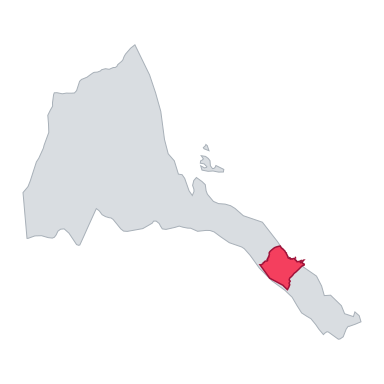 Maekel Deb.Keih Bahri, Debubawi Keyih Bahri, Eritrea (highlighted)
{"feature_id": "51966322B58552537539737", "entity_name": "Maekel Deb.Keih Bahri", "entity_type": "district", "adm_level": 2, "iso_a3": "ERI", "parent_name": "Eritrea", "parent_adm1": "Debubawi Keyih Bahri", "projection": "albers", "projection_center": [41.68, 13.747], "detail": "fine", "context": "in_parent", "style": "filled", "palette": "rose", "viewbox_px": 384, "rotation_deg": 0, "n_neighbors": 0, "source": "geoboundaries", "source_scale": "gbopen_adm2", "svg_char_len": 6399}
<svg xmlns="http://www.w3.org/2000/svg" viewBox="0 0 384 384"><path d="M27.0,238.4L25.7,223.4L24.8,213.3L23.9,202.7L23.0,192.6L28.0,186.6L30.3,180.8L36.4,161.9L38.8,158.2L43.4,148.1L44.1,145.2L48.8,132.4L48.5,123.9L47.8,115.3L50.3,110.2L52.6,106.2L52.5,102.8L53.6,94.7L54.3,92.8L57.0,92.7L62.3,93.8L66.3,93.1L70.9,93.2L74.4,93.0L76.6,90.6L79.6,81.3L81.5,79.4L82.9,78.9L87.0,77.2L90.5,74.6L93.3,72.7L94.4,72.3L97.3,72.1L100.3,71.0L101.7,69.7L105.5,68.7L109.2,69.3L111.7,68.2L113.3,67.5L115.2,67.5L116.9,66.4L117.6,64.8L118.8,63.7L121.7,61.3L123.0,59.6L123.6,57.8L124.2,56.4L125.5,54.1L130.6,48.2L134.9,44.8L149.6,75.0L155.6,92.9L160.8,111.5L164.5,139.5L168.2,153.8L174.3,160.8L178.4,174.1L182.1,174.7L184.7,178.4L189.1,190.9L192.3,195.5L194.0,191.5L193.9,189.2L192.6,185.4L193.8,180.5L196.4,177.5L202.1,181.6L205.3,184.7L206.1,190.8L207.4,194.2L213.4,201.4L218.5,203.6L225.1,204.1L230.6,205.7L235.0,208.4L243.3,215.7L262.4,222.2L277.7,241.9L286.7,255.5L316.5,276.1L321.6,286.0L324.3,295.6L330.6,295.2L341.4,305.7L344.6,313.7L353.4,316.6L354.9,311.9L359.2,315.7L361.0,321.8L355.3,324.2L349.1,326.4L348.2,326.3L346.2,329.1L343.2,336.8L340.0,339.0L338.3,339.2L328.5,332.1L327.0,331.7L324.9,333.1L323.4,334.6L318.9,329.2L315.6,324.4L310.9,318.7L306.5,316.1L301.6,312.9L296.9,305.4L292.1,297.2L285.0,290.4L271.7,280.7L259.5,268.3L250.2,255.4L244.3,248.7L241.7,247.0L229.3,242.7L220.7,236.8L214.1,231.9L210.0,230.5L206.0,230.4L197.6,231.3L190.6,228.2L187.6,228.1L182.9,227.2L179.2,226.1L174.9,227.4L166.0,229.4L162.3,228.9L160.4,225.9L159.2,223.5L156.2,221.1L153.6,221.1L152.2,223.2L142.8,228.6L127.3,231.4L123.6,231.1L120.8,228.9L113.1,219.4L110.9,217.9L109.1,217.7L105.5,216.6L102.1,214.7L99.2,210.8L96.3,208.6L92.9,216.1L87.0,229.1L83.9,236.1L79.8,245.0L78.6,245.3L76.6,244.6L69.0,233.2L64.2,228.9L60.6,229.2L57.9,231.2L56.1,235.0L54.3,237.3L52.3,238.1L48.1,237.6L41.6,235.7L34.9,235.9L27.9,238.4L27.0,238.4ZM210.4,165.8L212.5,168.6L213.9,168.4L215.1,167.4L215.9,165.5L223.8,169.4L223.4,172.0L218.6,172.1L213.1,171.0L208.1,171.3L202.0,170.1L200.7,165.8L204.5,167.9L206.5,167.4L206.9,166.8L204.2,163.9L200.3,163.2L200.6,160.9L202.3,160.0L203.4,158.9L201.2,155.7L205.5,156.4L208.2,158.4L210.0,160.7L210.4,165.8ZM207.3,145.7L209.0,150.7L204.1,148.8L203.3,147.7L205.4,145.7L205.9,144.5L207.3,145.7Z" fill="#d9dde1" stroke="#a8b0b8" stroke-width="1"/><path d="M260.0,264.8L269.7,278.2L282.8,285.2L282.9,285.3L283.1,285.4L283.8,286.2L286.8,289.1L287.4,289.7L287.6,289.5L287.7,289.1L287.8,289.0L288.1,288.4L288.3,288.0L288.5,287.8L288.8,287.2L289.0,286.6L289.2,286.1L289.3,285.8L289.3,285.6L289.5,285.5L289.6,285.1L289.7,284.6L289.7,284.3L289.7,284.2L289.3,283.9L289.2,283.7L289.1,283.3L289.1,283.1L289.3,282.5L290.1,281.4L290.2,281.2L290.0,280.8L289.8,280.6L289.5,280.3L289.2,280.0L289.2,279.9L289.2,279.7L289.3,279.4L289.5,278.7L289.7,278.4L289.8,277.9L290.1,277.7L290.5,277.4L290.8,277.0L291.1,276.9L291.5,276.6L292.3,275.6L293.0,274.9L293.2,274.6L293.5,274.1L294.2,273.3L295.1,272.6L295.7,272.2L296.0,271.9L296.6,271.3L297.4,270.6L297.8,270.2L298.3,269.7L299.2,268.9L299.4,268.6L300.1,267.9L300.5,267.6L300.7,267.3L301.8,266.2L302.2,266.0L302.4,265.8L302.9,265.6L303.4,265.5L304.0,265.2L304.3,264.8L304.3,264.7L304.2,264.6L304.1,264.4L304.1,264.1L304.0,263.9L303.9,263.8L303.6,263.9L303.3,263.8L303.2,263.8L303.1,263.7L302.9,263.7L302.6,263.3L302.5,263.2L302.5,262.9L302.5,262.7L302.5,262.4L302.3,262.3L302.2,262.3L301.9,262.5L301.8,262.4L301.7,262.4L301.4,262.3L301.2,262.4L301.2,262.5L300.9,262.6L300.9,262.4L300.9,262.2L300.7,262.1L300.4,261.9L300.3,262.0L300.2,262.0L300.1,261.9L300.1,261.7L300.0,261.4L299.9,261.3L299.9,261.2L299.7,261.2L299.6,261.4L299.5,261.5L299.3,261.7L299.1,261.7L298.9,261.5L298.7,261.6L298.3,261.5L298.1,261.5L297.8,261.6L297.5,261.6L297.4,261.7L297.3,261.8L297.1,261.8L296.9,261.7L296.8,261.4L296.7,261.3L296.6,261.2L296.5,260.9L296.4,260.8L296.3,260.7L296.2,260.4L295.9,260.4L295.7,260.4L295.6,260.2L295.4,260.0L295.4,259.8L295.3,259.7L294.9,259.5L294.8,259.4L294.8,259.1L294.7,259.0L294.6,258.7L294.3,258.6L294.2,258.6L293.7,258.5L293.0,258.6L292.8,258.8L292.7,258.9L292.6,259.0L292.1,259.0L292.0,258.9L291.9,258.9L291.6,258.8L291.3,258.9L291.1,258.8L291.0,259.0L290.8,259.0L290.7,259.1L290.3,259.0L290.1,258.9L290.0,258.6L290.1,258.4L290.2,258.2L290.0,257.9L289.9,257.8L289.7,257.8L289.4,257.8L289.2,257.9L289.0,258.1L288.9,258.1L288.6,258.1L288.4,258.1L288.2,257.9L288.0,257.6L287.9,257.3L287.9,257.1L287.9,256.9L287.8,256.7L287.7,256.4L287.7,256.2L287.5,255.9L287.4,255.8L287.3,255.6L287.2,255.2L287.0,254.8L286.7,254.5L286.7,254.3L286.6,254.2L286.4,253.8L286.4,253.0L286.2,252.8L285.9,252.8L285.8,252.7L285.6,252.4L285.4,252.1L285.3,251.9L285.2,251.7L285.1,251.4L285.0,251.2L284.9,251.1L284.7,250.8L284.6,250.7L284.3,250.4L284.2,250.3L284.0,250.1L283.9,250.0L283.7,249.9L283.4,249.6L283.2,249.3L282.9,249.1L282.8,248.9L282.7,248.9L282.6,248.7L282.3,248.6L282.2,248.6L282.1,248.4L281.8,248.2L281.7,248.0L281.5,247.9L281.4,247.9L281.1,247.7L280.9,247.3L280.8,247.0L280.7,246.9L280.4,246.5L280.4,246.2L280.2,246.0L279.7,246.1L279.3,246.2L279.0,246.2L278.5,246.4L277.1,246.7L275.7,247.2L275.3,247.3L274.2,247.9L273.7,248.3L272.9,248.9L272.5,249.3L271.9,249.7L271.3,250.3L271.0,250.5L270.6,250.9L270.4,251.1L269.6,252.0L269.5,252.4L269.3,252.6L269.2,252.8L269.2,253.5L269.3,254.2L269.4,254.4L269.3,254.8L269.1,255.2L269.0,255.6L268.8,256.1L268.8,256.4L268.9,256.8L268.6,257.1L268.3,257.1L268.2,257.2L268.2,257.4L268.2,257.7L268.1,258.0L267.8,258.2L267.7,258.4L267.7,258.5L267.7,258.9L267.7,259.0L267.4,259.1L267.2,259.2L267.1,259.4L267.1,259.6L267.4,259.9L267.5,260.1L267.6,260.5L267.4,260.8L266.7,261.0L266.0,261.1L265.3,261.1L265.0,261.3L264.8,261.4L264.6,261.6L264.4,262.2L264.3,262.3L264.2,262.4L264.0,262.5L263.5,262.5L263.3,262.7L263.2,262.8L263.1,263.3L262.8,263.8L262.6,264.0L262.3,264.1L262.1,264.2L261.7,264.5L261.0,264.7L260.7,264.9L260.5,265.0L260.4,265.0L260.1,264.8L260.0,264.8ZM303.7,260.2L303.8,260.1L303.7,260.1L303.4,260.2L303.3,260.3L303.1,260.4L303.1,260.5L302.9,260.6L302.7,260.8L302.8,261.0L303.0,261.0L303.0,260.9L303.2,260.7L303.3,260.6L303.5,260.4L303.6,260.2L303.7,260.2ZM301.3,260.7L301.2,260.5L300.8,260.7L300.6,260.9L300.6,261.0L300.8,261.2L300.8,261.3L300.9,261.2L301.0,261.1L301.1,260.9L301.2,260.7L301.3,260.7L301.3,260.7ZM295.5,257.9L295.5,257.7L295.4,257.6L295.3,257.9L295.5,257.9Z" fill="#f43f5e" stroke="#9f1239" stroke-width="1.5"/></svg>